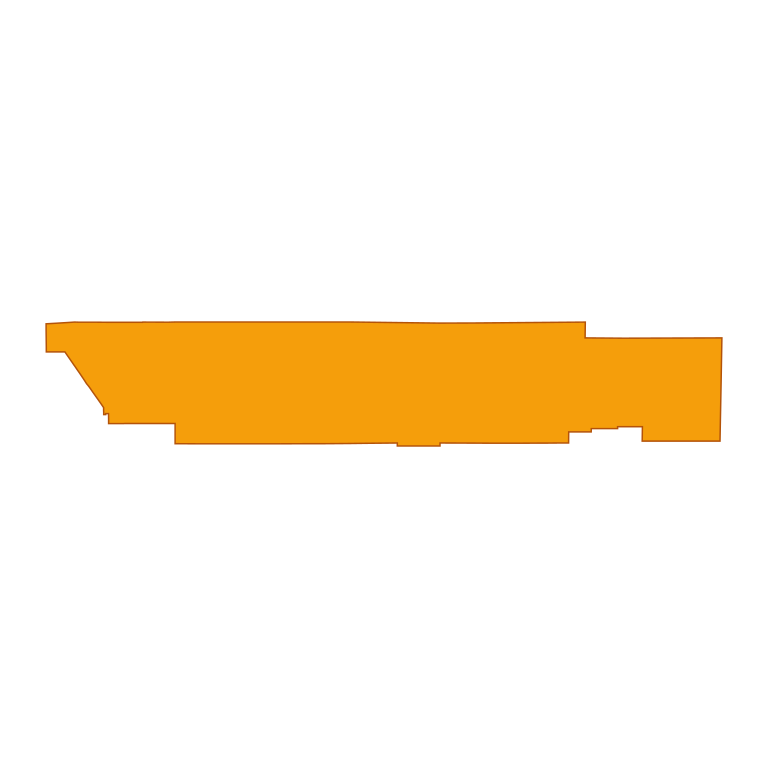 the district of Kalgoorlie-Boulder, Western Australia, Australia
{"feature_id": "25037944B94303413523862", "entity_name": "Kalgoorlie-Boulder", "entity_type": "district", "adm_level": 2, "iso_a3": "AUS", "parent_name": "Australia", "parent_adm1": "Western Australia", "projection": "robinson", "projection_center": [123.082, -30.776], "detail": "fine", "context": "isolated", "style": "filled", "palette": "amber", "viewbox_px": 768, "rotation_deg": 0, "n_neighbors": 0, "source": "geoboundaries", "source_scale": "gbopen_adm2", "svg_char_len": 1725}
<svg xmlns="http://www.w3.org/2000/svg" viewBox="0 0 768 768"><path d="M721.9,337.9L623.8,338.2L585.1,337.9L585.3,322.1L473.5,323.0L439.6,323.1L349.9,322.0L349.1,322.0L266.2,322.0L235.9,322.0L224.8,322.0L209.5,322.0L197.2,322.0L189.0,322.0L179.7,322.0L175.6,322.0L168.3,322.2L142.7,322.1L142.6,322.3L128.7,322.3L125.3,322.3L118.8,322.3L108.1,322.3L95.1,322.2L82.0,322.2L78.6,322.2L75.3,322.1L74.1,322.1L71.3,322.3L71.2,322.3L56.8,323.2L46.1,323.8L46.1,329.9L46.3,347.1L46.3,349.6L46.3,351.4L46.3,351.9L52.1,351.9L53.1,351.9L54.9,351.9L57.7,351.9L58.8,351.9L63.4,351.9L64.9,351.9L67.1,355.1L69.4,358.4L74.2,365.4L74.4,365.6L77.4,370.0L79.3,372.7L84.2,380.0L86.5,383.6L89.2,386.9L89.2,387.0L89.5,387.4L89.7,387.7L90.0,388.1L90.3,388.4L90.3,388.5L91.6,390.4L92.1,391.1L92.5,391.7L100.7,403.3L102.4,405.8L103.6,407.6L103.6,410.4L103.7,412.5L103.7,414.6L105.7,414.6L105.7,413.6L108.2,413.6L108.5,413.6L108.6,419.0L108.6,423.6L110.0,423.6L110.7,423.6L112.7,423.6L115.1,423.6L116.4,423.6L117.6,423.6L118.8,423.6L120.1,423.6L121.4,423.6L122.6,423.6L123.4,423.6L124.7,423.5L126.0,423.5L133.3,423.5L142.6,423.5L151.2,423.5L158.5,423.5L162.4,423.5L167.5,423.5L171.0,423.5L173.5,423.5L175.1,423.5L175.1,443.7L199.8,443.8L210.6,443.8L225.3,443.8L253.1,443.8L259.1,443.8L264.2,443.8L267.6,443.8L272.6,443.8L275.6,443.8L307.9,443.7L323.5,443.7L350.0,443.5L366.0,443.3L397.3,443.0L397.3,446.0L440.0,446.0L440.0,443.0L472.4,443.1L472.6,443.1L491.8,443.2L519.5,443.2L539.9,443.1L545.9,443.1L559.1,443.0L568.6,443.0L568.7,431.9L591.2,431.9L591.3,428.6L594.7,428.6L597.7,428.6L617.6,428.6L617.6,426.7L625.2,426.7L632.8,426.7L642.4,426.7L642.2,441.1L720.0,441.1L721.1,382.8L721.9,337.9Z" fill="#f59e0b" stroke="#b45309" stroke-width="1.5"/></svg>